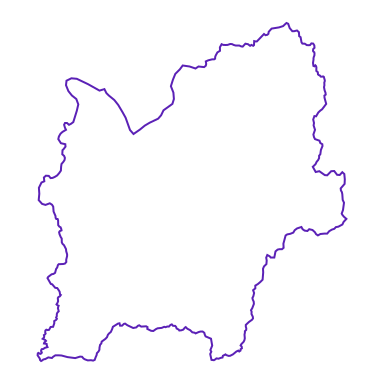 outline of Hulu Perak, Perak, Malaysia
{"feature_id": "92858781B35407838405861", "entity_name": "Hulu Perak", "entity_type": "district", "adm_level": 2, "iso_a3": "MYS", "parent_name": "Malaysia", "parent_adm1": "Perak", "projection": "albers", "projection_center": [101.278, 5.451], "detail": "fine", "context": "isolated", "style": "outline", "palette": "violet", "viewbox_px": 384, "rotation_deg": 0, "n_neighbors": 0, "source": "geoboundaries", "source_scale": "gbopen_adm2", "svg_char_len": 5834}
<svg xmlns="http://www.w3.org/2000/svg" viewBox="0 0 384 384"><path d="M324.4,85.4L324.3,82.5L324.7,81.5L324.8,80.3L323.8,76.8L323.0,76.4L322.1,76.7L320.7,76.6L320.0,75.6L318.7,75.0L318.0,74.4L317.8,72.2L316.3,70.9L316.4,67.3L316.0,66.0L315.3,65.3L314.4,66.3L313.4,65.9L313.0,62.9L313.5,59.7L313.5,58.2L313.8,56.9L314.4,55.4L314.5,53.4L314.3,52.3L313.2,51.4L313.0,50.3L313.3,48.9L314.5,47.8L314.3,45.4L313.2,43.6L311.4,43.4L310.0,45.1L308.7,45.2L306.8,45.1L304.8,43.7L302.4,43.6L301.5,42.3L300.6,37.2L299.2,36.2L298.9,32.2L297.0,30.5L294.1,31.2L292.3,31.2L289.7,28.1L288.2,23.8L286.4,23.0L283.1,26.1L279.0,27.4L271.6,28.6L268.7,31.8L268.4,33.8L267.3,34.8L265.5,35.2L264.0,34.0L256.9,41.4L255.9,41.5L254.2,41.1L254.0,45.1L253.2,45.8L251.4,44.9L250.1,45.8L248.0,44.2L245.4,43.7L242.7,46.6L241.2,46.4L239.2,45.5L235.6,45.5L233.8,45.0L232.0,44.1L230.2,44.0L227.6,44.9L225.6,45.0L223.2,44.9L221.6,44.2L219.9,47.3L220.0,50.8L217.4,52.4L215.7,55.5L215.2,56.9L215.1,58.7L214.2,59.3L212.3,59.3L208.3,60.3L205.8,61.4L206.2,64.0L205.8,65.7L204.1,67.1L198.5,66.5L195.5,68.5L189.6,66.5L182.7,65.5L179.8,69.4L175.3,73.9L172.9,79.8L170.9,86.2L173.4,92.6L173.9,99.0L172.4,103.9L163.5,110.3L161.1,115.3L158.1,118.7L149.7,122.7L144.8,125.6L139.9,129.6L133.5,134.0L130.0,130.0L125.6,117.7L122.6,112.3L118.2,104.9L114.3,100.0L108.8,95.5L106.4,93.1L104.4,89.1L99.5,90.6L88.1,84.2L76.8,78.8L71.4,78.3L66.5,80.7L66.0,85.2L68.4,91.1L71.9,95.5L76.3,99.0L78.3,104.4L76.8,110.8L73.3,122.1L71.0,123.8L69.0,124.8L67.0,123.0L65.0,123.0L64.1,124.8L65.0,127.8L66.0,129.8L62.5,131.9L60.5,133.7L58.9,136.5L58.3,139.1L60.9,143.2L65.3,144.2L65.5,146.6L63.7,149.0L62.5,150.2L62.3,154.3L64.1,155.9L64.9,157.9L64.5,160.1L63.3,161.9L61.5,164.0L61.1,166.8L60.9,170.6L59.1,173.2L57.1,175.5L54.8,176.9L52.6,177.9L50.6,178.1L48.8,175.9L45.9,175.7L43.9,177.5L44.3,181.3L41.5,182.5L38.9,187.8L39.3,193.8L38.7,200.1L42.1,203.9L45.5,204.9L49.8,203.3L52.0,204.7L53.2,206.6L53.6,211.6L55.5,216.0L55.6,217.8L56.3,219.0L57.6,219.0L58.1,220.4L58.2,225.1L59.3,226.6L60.6,227.3L61.3,229.1L61.5,230.4L59.8,231.1L59.1,232.2L59.5,234.1L60.7,237.0L61.7,238.5L61.8,242.4L62.6,243.9L64.0,245.2L66.0,249.1L66.2,251.2L67.1,254.3L67.1,256.0L66.2,259.8L66.3,262.0L64.9,263.6L63.2,264.0L58.7,264.2L57.9,265.1L57.2,267.5L56.1,269.0L55.1,272.8L53.5,273.9L51.6,274.3L48.2,276.9L47.5,278.1L50.8,283.9L52.2,284.3L55.2,287.8L57.3,288.1L59.6,291.6L60.1,294.6L60.8,295.0L59.9,296.3L58.4,297.1L57.8,298.1L58.1,301.2L57.4,303.0L56.5,304.4L57.4,305.2L58.6,305.7L57.9,308.1L58.7,311.3L57.4,312.6L56.8,314.1L56.8,316.1L56.1,317.6L56.9,318.8L56.2,319.8L54.2,321.1L54.3,323.2L53.1,326.8L50.6,327.0L49.1,329.8L47.9,330.1L46.3,329.7L45.4,330.5L45.2,332.4L45.6,333.6L44.9,334.5L43.9,335.1L44.2,336.5L44.0,337.5L42.7,338.8L45.2,340.0L46.0,340.9L44.3,342.5L44.0,343.5L46.6,343.9L46.9,345.7L47.5,347.1L45.0,347.8L43.2,349.0L41.7,349.2L41.1,350.4L41.2,351.7L41.8,352.3L41.5,353.2L40.8,353.7L40.2,353.9L38.4,352.9L37.8,353.4L37.6,355.3L39.8,358.6L40.0,359.9L41.1,361.0L42.4,360.3L43.0,359.7L44.5,359.1L45.2,359.1L48.3,357.4L51.9,358.0L53.1,356.8L55.4,355.3L58.4,355.3L61.5,355.5L67.5,357.1L75.2,358.1L80.1,356.6L82.1,356.8L83.5,358.5L85.0,359.4L87.8,360.4L91.0,360.2L93.1,360.6L94.7,359.9L95.7,357.1L96.6,355.1L96.9,353.2L98.5,351.5L99.4,349.8L99.5,347.6L100.1,344.8L101.3,343.5L101.7,341.6L105.4,338.9L107.0,337.2L107.9,334.8L109.1,333.4L110.8,332.0L112.1,329.2L112.9,326.8L118.0,323.6L119.5,323.3L120.1,325.7L122.0,325.7L123.9,323.9L125.1,323.6L127.3,325.2L133.2,328.0L136.3,327.4L137.9,325.8L139.2,325.3L141.2,326.6L146.1,326.3L147.5,327.1L147.3,328.9L151.1,330.8L153.3,331.0L155.8,329.2L157.6,328.3L161.7,327.9L164.2,326.8L165.6,327.2L167.3,326.5L168.9,326.6L170.5,324.9L171.8,324.4L173.0,325.8L175.2,325.9L176.2,327.1L176.6,328.5L178.7,329.6L179.3,330.5L181.3,330.3L183.3,329.6L184.8,327.7L185.7,327.1L187.3,328.7L190.2,330.2L192.3,332.3L194.6,332.7L195.6,333.4L198.8,332.0L200.7,331.5L202.6,331.5L204.3,332.8L204.8,334.7L205.6,336.4L211.0,338.7L212.2,345.6L210.4,350.0L211.3,351.7L210.2,354.0L211.5,359.9L213.9,360.2L215.4,359.3L216.4,358.4L218.6,358.7L220.6,357.9L222.5,357.5L222.9,355.8L225.5,354.4L226.1,355.0L228.6,355.9L230.1,355.8L232.9,354.4L236.4,351.5L238.3,350.6L239.2,351.5L240.5,350.6L240.6,349.2L241.9,348.3L241.7,346.6L240.6,345.5L241.3,344.2L243.6,341.8L244.4,340.2L244.8,338.3L244.5,334.6L244.9,332.7L244.9,331.2L246.2,329.9L246.3,328.3L245.8,326.7L245.8,324.9L248.9,322.0L252.1,319.7L253.0,318.4L252.8,316.7L251.5,314.0L251.6,311.7L251.0,310.2L252.2,308.3L253.9,303.9L253.7,301.6L252.8,299.7L252.4,298.0L253.3,296.3L254.1,293.0L253.1,290.2L255.3,288.4L255.3,285.6L257.8,284.1L260.2,282.1L262.6,279.7L263.2,272.4L263.0,268.8L264.0,266.4L266.4,264.1L266.7,260.5L266.2,257.7L267.3,255.0L269.7,256.3L270.7,257.5L274.3,257.5L275.5,251.4L277.6,249.6L279.4,249.2L282.0,249.2L283.6,247.8L283.4,243.7L285.6,235.5L287.2,234.4L290.3,233.8L293.3,232.6L294.7,230.2L297.1,228.4L301.4,227.0L302.6,229.2L304.6,230.6L307.4,231.0L309.2,229.2L312.5,230.0L314.9,232.2L316.1,234.2L317.9,235.4L320.4,234.0L324.4,233.6L327.2,233.6L329.2,231.2L331.9,229.6L334.3,228.8L335.9,227.1L338.3,226.7L342.4,224.5L343.6,221.9L346.4,218.9L343.8,216.6L342.2,214.6L341.7,213.6L343.0,210.0L344.0,202.7L342.7,199.9L342.3,194.2L341.9,192.2L340.9,190.4L340.7,188.4L344.6,183.9L344.8,179.3L344.3,174.0L342.3,172.2L339.7,175.0L337.1,174.8L334.2,171.0L331.2,171.2L327.2,175.3L324.8,175.1L319.3,171.2L315.7,172.0L312.8,166.8L315.5,164.2L316.7,161.7L318.1,160.1L319.1,158.1L319.1,155.7L320.3,154.3L320.9,150.0L322.5,146.0L322.3,144.2L320.3,143.0L319.5,140.7L315.0,139.1L314.0,137.1L313.4,134.5L315.0,129.8L313.6,125.4L314.0,123.0L313.2,119.5L314.4,116.1L316.1,116.3L318.3,112.5L320.3,110.6L322.1,109.3L326.2,103.9L324.5,97.7L324.4,95.6L325.7,94.6L325.5,92.8L324.6,90.3L324.0,87.1L324.4,85.4Z" fill="none" stroke="#5b21b6" stroke-width="2"/></svg>